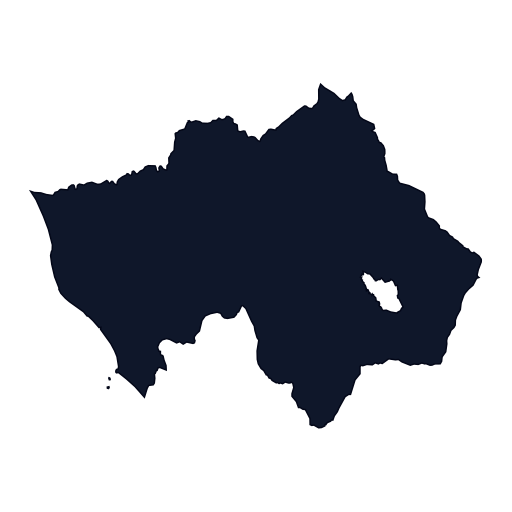 Agam, Sumatera Barat, Indonesia
{"feature_id": "22746128B89220130199878", "entity_name": "Agam", "entity_type": "district", "adm_level": 2, "iso_a3": "IDN", "parent_name": "Indonesia", "parent_adm1": "Sumatera Barat", "projection": "equal_earth", "projection_center": [100.243, -0.253], "detail": "fine", "context": "isolated", "style": "filled", "palette": "ink", "viewbox_px": 512, "rotation_deg": 0, "n_neighbors": 0, "source": "geoboundaries", "source_scale": "gbopen_adm2", "svg_char_len": 6078}
<svg xmlns="http://www.w3.org/2000/svg" viewBox="0 0 512 512"><path d="M478.9,277.5L477.6,276.4L477.1,274.9L478.3,269.5L481.2,262.0L481.3,260.7L481.2,259.2L478.9,256.0L473.9,252.3L473.2,253.1L470.5,252.2L468.2,249.0L466.5,248.8L463.0,246.9L462.8,245.8L458.7,242.5L457.8,241.3L453.4,238.7L452.5,237.1L449.5,235.5L447.1,232.1L445.3,230.8L440.3,229.3L439.3,228.0L439.3,225.9L436.1,222.0L433.3,219.6L428.4,217.8L427.5,216.8L424.4,209.1L424.9,201.9L424.6,195.2L424.2,193.9L423.0,192.4L408.9,185.6L399.6,183.2L397.6,180.1L397.4,176.3L396.6,174.3L392.6,174.2L388.2,171.6L387.2,171.5L386.1,165.3L384.7,160.3L384.5,157.7L383.9,157.3L383.8,156.4L384.8,153.6L384.8,151.4L384.7,149.4L383.3,145.7L380.7,142.7L379.4,142.6L378.1,140.1L377.5,139.7L377.4,137.6L375.1,132.5L372.5,131.6L371.5,130.6L373.3,129.8L374.6,128.5L373.7,124.4L363.0,119.4L360.1,117.2L358.9,115.2L356.6,107.7L356.1,104.2L353.2,100.8L352.7,96.7L352.0,94.4L351.2,93.1L348.4,96.1L347.0,97.0L345.2,99.9L342.4,100.6L339.1,98.4L333.9,93.4L324.4,87.7L320.6,84.2L318.7,89.6L318.8,99.1L318.1,101.9L317.0,103.7L313.9,106.0L313.0,107.7L311.9,108.6L308.7,108.2L305.9,106.1L304.5,106.0L296.7,111.6L293.2,115.1L291.7,115.6L289.7,117.8L282.4,123.3L278.8,126.9L276.3,128.5L275.8,130.2L270.9,129.2L268.9,129.5L265.6,134.0L263.2,135.5L260.9,138.8L260.1,141.3L259.7,141.5L257.8,140.6L255.1,137.6L254.0,137.0L251.5,136.6L248.2,137.4L247.5,136.8L244.9,131.2L243.5,131.0L240.2,131.8L238.3,131.2L237.7,130.6L237.2,125.0L235.5,124.0L233.6,123.5L232.8,121.7L232.8,119.3L228.7,116.5L226.6,116.5L225.1,118.7L222.9,119.6L221.3,119.5L218.9,118.1L216.4,120.5L212.9,120.5L210.8,122.7L207.6,123.4L202.1,123.2L199.8,121.7L195.8,120.8L191.7,122.2L190.4,121.8L189.3,120.7L188.1,121.0L188.5,122.4L187.4,122.7L184.8,129.0L179.4,130.6L177.6,132.6L175.8,133.0L175.2,133.7L175.7,138.3L174.7,142.1L174.1,150.5L171.0,153.6L170.7,155.0L168.8,157.9L169.0,162.9L168.8,163.8L167.0,165.9L166.9,169.9L166.2,170.2L163.1,168.9L161.5,166.6L160.8,166.0L159.9,166.2L158.9,168.0L159.3,170.0L159.2,171.1L157.6,171.8L156.4,170.4L155.8,167.3L155.1,165.9L148.3,165.7L145.2,167.0L143.4,169.7L140.3,171.1L137.6,173.8L136.1,173.9L134.2,171.5L133.5,171.1L132.3,171.6L131.8,174.2L131.2,175.2L129.7,175.3L128.3,173.9L127.1,173.7L126.3,175.0L122.5,176.8L118.7,179.5L117.3,182.0L117.0,184.5L116.4,184.8L114.3,183.8L112.6,181.4L111.5,181.4L109.6,183.5L108.9,183.2L107.8,181.2L106.7,180.5L101.0,183.9L99.0,184.3L97.2,184.3L91.9,182.3L87.2,183.2L84.0,185.1L79.3,184.1L77.7,185.2L77.3,186.0L77.0,188.7L75.9,189.4L75.1,189.1L74.1,185.5L73.3,184.9L71.6,185.1L68.8,187.2L67.8,189.9L60.9,189.3L59.9,189.7L58.2,191.5L55.1,192.4L53.4,195.2L52.1,195.4L46.4,194.6L40.9,192.9L34.2,192.5L30.7,191.3L36.2,199.9L43.5,216.3L48.4,229.3L52.4,244.9L52.2,250.1L51.3,252.0L50.6,255.6L51.8,264.4L54.7,276.9L59.0,287.9L58.9,289.4L60.9,293.3L65.4,298.2L69.5,301.7L83.6,311.8L87.1,316.0L88.4,316.2L93.0,320.6L99.1,327.6L100.9,327.3L100.6,329.4L110.8,343.6L114.6,350.7L117.0,356.6L118.6,366.5L118.2,368.9L116.5,369.5L115.9,370.7L115.8,372.0L116.4,372.8L118.6,372.6L126.6,379.0L135.1,386.6L144.4,397.2L147.2,388.2L148.7,385.4L153.2,384.8L154.3,383.0L154.8,378.3L154.4,374.0L155.2,373.4L156.2,370.8L157.1,370.4L158.0,367.9L159.8,367.4L166.2,370.0L166.0,365.5L164.0,360.2L163.1,356.3L162.6,355.5L161.3,355.3L160.4,354.0L160.4,351.4L159.1,351.3L158.0,348.9L157.6,346.9L159.3,342.8L162.3,339.8L166.6,338.6L169.9,339.4L176.6,342.9L179.7,341.7L183.2,344.1L186.6,342.0L193.0,343.4L194.4,342.8L195.0,340.7L194.3,339.1L194.3,336.8L196.3,334.0L199.4,331.0L201.9,320.5L205.2,315.9L210.5,313.6L217.2,312.2L220.8,313.3L222.4,316.2L224.4,317.9L227.5,318.4L233.9,317.2L236.3,314.6L237.1,312.4L238.6,311.9L241.5,305.8L242.8,305.6L245.9,308.5L251.6,321.2L254.3,326.0L255.0,330.6L257.1,337.7L258.8,340.1L257.1,350.9L257.3,359.4L258.3,363.8L261.1,368.5L263.8,370.6L266.3,374.9L267.4,374.9L269.1,378.0L270.8,378.5L272.1,380.4L276.2,382.8L277.8,382.6L279.1,383.5L280.3,382.9L282.6,383.7L285.2,382.0L288.6,383.0L290.0,383.0L291.1,382.1L292.8,383.2L293.8,387.5L292.0,393.7L292.0,396.3L296.4,401.6L298.5,407.5L300.1,407.5L302.8,409.2L305.4,409.6L310.0,418.5L310.1,424.6L311.7,425.4L313.9,425.1L318.7,427.8L321.5,427.5L324.8,425.9L325.1,424.5L326.0,424.5L326.2,423.8L327.5,422.5L330.6,421.2L331.6,419.8L332.8,420.1L334.3,415.9L337.3,411.7L339.0,407.8L345.1,396.7L348.6,394.4L350.5,394.4L355.0,379.9L360.0,373.8L360.0,366.7L360.8,365.3L362.8,365.7L366.8,364.4L372.3,364.8L375.2,362.8L378.4,363.9L380.0,362.9L382.2,363.5L388.7,358.8L395.5,359.8L398.5,359.5L402.0,361.9L410.3,365.2L414.0,364.0L418.2,364.4L421.8,363.0L424.9,363.9L425.8,363.6L430.0,365.2L432.0,365.1L434.8,363.9L440.2,363.8L441.6,361.3L442.0,357.4L442.4,356.4L445.7,351.8L446.8,343.9L446.6,340.7L447.3,337.4L449.5,334.3L450.9,330.4L453.9,327.5L455.2,325.2L455.4,320.0L456.8,316.2L460.3,309.7L461.1,302.9L463.7,295.5L465.2,292.9L468.6,289.0L473.0,285.2L476.2,279.0L477.2,278.0L478.9,277.5ZM398.2,289.4L398.3,294.7L397.4,295.5L397.8,298.0L398.9,298.4L403.1,307.0L401.6,308.3L400.5,310.7L397.2,312.5L397.0,313.1L390.6,312.0L386.3,310.2L383.1,310.5L381.9,309.4L381.7,308.3L380.5,306.6L379.7,306.6L379.1,305.7L379.6,304.0L379.2,303.8L379.4,303.0L378.9,301.4L378.8,301.9L376.2,301.0L375.7,297.8L373.7,295.9L373.5,294.7L372.5,294.9L372.3,294.3L371.9,295.1L371.7,294.3L370.2,294.0L369.9,292.9L369.1,293.2L369.3,292.7L367.9,289.7L367.1,289.6L366.7,290.9L366.4,290.8L366.6,290.0L365.9,289.3L366.3,288.3L365.6,287.1L365.7,286.5L364.8,284.8L363.9,284.1L364.0,282.8L362.2,281.2L362.4,280.1L361.2,279.5L361.6,277.7L360.4,277.2L361.1,275.6L361.7,275.7L361.4,275.0L361.8,274.1L363.2,274.6L363.5,274.1L362.8,271.3L365.8,272.4L367.6,273.7L369.9,273.9L373.2,277.5L373.9,278.9L374.9,279.5L375.3,280.7L376.1,280.8L378.2,279.5L379.9,279.6L381.4,278.0L385.1,282.2L388.2,281.3L388.4,280.8L389.0,281.2L390.5,280.1L390.8,279.3L393.5,281.0L395.5,285.6L397.4,285.3L397.8,289.5L398.2,289.4ZM108.9,386.7L107.3,387.1L107.4,388.2L108.5,388.5L109.1,387.7L108.9,386.7ZM109.7,378.0L109.0,377.7L108.8,378.1L109.3,379.7L110.0,379.7L110.2,379.2L109.7,378.0Z" fill="#0f172a" stroke="#020617" stroke-width="1.5"/></svg>